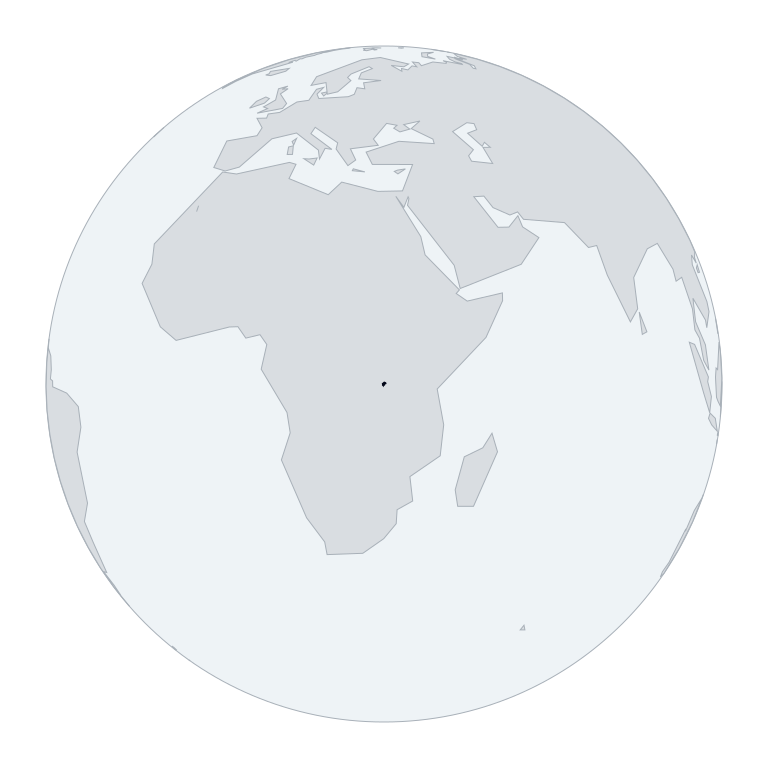 Rutana on an orthographic globe
{"feature_id": "BDI-2634", "entity_name": "Rutana", "entity_type": "Province", "adm_level": 1, "iso_a3": "BDI", "parent_name": "Burundi", "parent_adm1": "", "projection": "orthographic", "projection_center": [30.114, -3.886], "detail": "fine", "context": "on_globe", "style": "filled", "palette": "ink", "viewbox_px": 768, "rotation_deg": 0, "n_neighbors": 0, "source": "natural_earth", "source_scale": "10m", "svg_char_len": 6222}
<svg xmlns="http://www.w3.org/2000/svg" viewBox="0 0 768 768"><circle cx="384" cy="384" r="338" fill="#eef3f6" stroke="#a8b0b8"/><path d="M49.1,338.8L48.3,347.8L50.8,355.9L51.3,369.8L50.4,379.0L52.6,380.9L52.7,386.8L66.7,393.1L78.3,406.6L80.9,427.2L77.1,452.1L87.5,503.1L84.4,521.5L93.0,541.9L106.7,572.5L103.6,571.6L114.2,585.4L120.4,594.7L121.0,596.1L129.4,606.2L129.6,606.4L114.4,587.8L100.6,568.1L88.3,547.5L77.4,526.1L68.1,504.0L60.4,481.3L54.3,458.1L49.9,434.5L47.1,410.6L46.1,386.7L46.8,362.7L49.1,338.8ZM188.8,659.9L189.5,660.3L190.2,660.8L188.8,659.9ZM175.3,649.5L171.9,646.0L174.0,647.5L176.9,650.3L175.3,649.5ZM689.8,240.2L694.7,251.9L694.5,257.5L696.3,263.2L691.5,255.0L692.3,264.8L706.9,301.6L709.0,311.6L706.8,327.7L705.5,320.1L692.9,298.2L695.6,321.8L705.4,344.8L708.9,370.1L703.7,360.4L699.5,338.2L694.9,329.9L692.5,309.0L681.7,277.3L676.1,281.2L673.0,269.2L657.3,243.4L647.3,248.8L633.7,277.5L637.7,308.8L630.4,321.9L607.3,275.1L596.7,245.5L588.5,247.5L564.5,222.6L523.5,219.3L517.6,211.9L509.9,215.0L493.0,207.6L483.9,196.1L473.8,196.7L498.0,227.3L508.9,227.1L517.9,215.7L522.6,226.9L538.9,237.6L521.2,264.3L460.2,288.5L454.2,265.3L407.5,205.3L408.9,198.8L408.7,198.1L408.1,196.8L403.9,207.3L395.8,196.3L420.8,236.6L425.1,254.9L459.4,289.9L456.2,293.5L467.2,301.1L502.4,292.9L502.6,300.7L486.0,337.4L437.2,389.0L443.7,424.8L440.2,455.8L409.9,476.6L412.7,501.0L397.1,509.7L396.2,523.7L383.7,538.7L362.8,553.3L327.1,554.6L324.7,541.9L306.6,517.8L281.4,459.9L290.2,432.8L287.0,412.5L261.2,369.2L266.8,344.5L260.0,334.7L245.8,338.1L237.9,326.7L229.3,327.0L176.1,340.4L160.3,326.8L142.1,283.4L151.9,264.2L154.3,243.9L222.7,172.0L236.5,174.0L289.5,162.4L296.0,164.3L289.0,178.6L328.2,194.7L341.7,182.1L377.9,191.4L402.5,190.9L412.6,164.5L372.3,164.4L366.1,152.1L398.9,141.3L434.2,143.6L432.9,139.1L411.2,128.6L419.9,121.0L403.7,124.6L409.8,129.1L399.9,131.9L393.7,128.2L397.0,125.3L386.6,123.4L373.4,139.0L378.2,145.3L350.4,148.8L355.7,160.0L347.9,165.6L336.1,149.0L337.7,142.8L315.2,127.3L310.9,133.7L331.9,149.4L325.1,148.3L319.5,159.0L318.4,150.1L296.5,133.0L271.9,138.8L239.3,167.1L225.2,171.0L213.8,167.5L226.8,141.0L257.0,135.7L262.1,127.8L257.0,118.3L266.6,118.1L268.2,114.0L279.7,112.4L296.9,102.0L308.8,100.3L316.5,89.3L323.7,87.4L317.0,94.1L318.8,98.5L348.3,96.7L354.3,94.3L357.0,87.7L364.8,88.8L363.6,82.8L381.1,80.5L358.7,78.9L361.3,72.9L372.3,68.6L369.1,66.7L351.1,74.0L347.6,77.5L350.9,80.6L337.7,91.8L327.3,94.2L326.0,82.6L311.1,85.4L316.6,76.7L361.9,59.8L380.3,57.5L408.6,64.0L403.8,66.8L391.2,65.4L401.9,71.3L401.5,68.5L407.9,69.9L412.0,65.9L416.8,66.8L412.5,62.0L418.8,62.7L421.4,65.7L432.8,62.0L446.2,63.4L446.5,62.3L443.0,60.7L462.3,64.5L461.7,63.6L455.1,61.9L449.5,59.2L447.1,56.4L454.0,57.8L455.7,59.0L469.7,64.4L473.3,68.3L475.9,68.8L474.3,65.8L457.3,59.0L454.0,57.1L462.8,59.8L459.4,58.6L459.8,58.2L466.7,59.3L457.3,56.4L453.6,53.3L476.9,59.1L499.7,66.5L522.0,75.5L543.5,86.1L564.3,98.2L584.1,111.7L603.0,126.6L620.7,142.8L637.2,160.2L652.5,178.8L666.3,198.3L678.8,218.9L689.8,240.2ZM198.6,205.7L196.6,211.6L198.6,205.7ZM471.6,161.2L492.7,163.5L483.0,147.4L490.3,147.3L484.4,142.3L482.2,146.3L467.6,133.2L476.7,129.7L474.0,123.6L466.8,122.7L452.6,131.6L473.4,149.7L468.6,155.8L471.6,161.2ZM164.0,127.5L161.4,129.8L153.7,137.0L157.9,132.9L153.8,136.7L154.0,136.4L164.0,127.5ZM265.9,97.0L269.4,98.6L264.5,103.1L249.5,108.2L256.5,101.3L265.9,97.0ZM275.6,100.0L278.5,88.8L287.9,86.1L282.1,89.3L288.1,88.7L280.4,93.9L286.6,103.5L282.6,108.4L257.1,113.2L267.6,108.5L263.5,106.9L275.6,100.0ZM269.1,73.8L270.5,71.4L289.2,68.4L285.8,71.2L270.6,75.6L265.7,75.0L269.1,73.8ZM343.9,48.5L349.6,48.2L339.7,49.3L341.1,49.2L333.6,50.5L326.9,52.1L322.6,52.7L321.9,53.2L316.9,54.4L314.5,55.4L305.8,57.2L302.1,58.8L300.1,58.8L296.0,61.2L295.1,60.3L288.7,62.5L292.9,62.2L252.2,74.0L235.7,81.4L222.5,88.5L222.8,87.3L235.4,80.5L237.5,79.5L263.1,68.5L289.4,59.6L316.5,52.9L343.9,48.5ZM350.5,47.7L350.8,47.7L345.1,48.3L350.5,47.7ZM303.9,158.7L309.0,159.0L317.1,158.0L313.7,165.1L303.9,158.7ZM288.6,147.0L293.3,145.8L292.5,154.4L287.2,154.5L288.6,147.0ZM296.6,138.4L293.6,145.1L292.1,141.5L296.6,138.4ZM321.5,93.1L326.6,92.0L326.8,93.4L323.7,96.0L321.5,93.1ZM366.7,50.7L363.2,50.2L364.9,49.9L363.6,48.5L370.7,48.1L374.4,48.8L366.7,50.7ZM405.4,168.9L397.9,173.9L394.3,171.4L397.6,170.1L405.4,168.9ZM353.3,168.8L364.9,171.9L352.3,170.7L353.3,168.8ZM374.3,50.0L372.9,49.3L377.3,49.6L374.3,50.0ZM375.9,47.8L381.2,48.0L371.5,47.9L375.9,47.8ZM524.0,625.2L524.9,629.9L520.2,629.9L524.0,625.2ZM497.5,451.8L473.5,506.3L457.7,506.3L455.2,489.9L464.3,456.8L482.8,447.8L492.0,433.2L497.5,451.8ZM717.2,439.5L716.8,442.6L716.5,444.2L717.2,439.5ZM717.8,432.4L718.0,434.6L717.2,435.6L717.8,432.4ZM718.0,435.6L717.9,435.6L718.0,435.1L718.0,435.6ZM717.3,431.3L711.7,424.9L708.5,418.4L710.1,413.1L715.3,418.3L717.3,431.3ZM709.7,412.8L703.7,393.1L689.3,342.2L694.6,344.4L708.4,377.0L707.7,381.6L711.4,396.5L709.7,412.8ZM721.2,391.3L720.3,406.0L718.0,401.3L716.5,397.3L715.5,377.1L716.1,368.0L717.6,369.6L719.0,342.1L720.4,351.9L721.0,363.9L721.8,378.2L721.2,391.3ZM639.2,312.0L646.9,331.8L642.3,334.4L639.2,312.0ZM716.4,323.4L717.9,333.8L715.5,318.4L716.4,323.4ZM699.5,272.3L698.1,272.7L696.4,267.9L697.2,264.8L699.5,272.3ZM433.6,52.3L427.4,54.0L427.7,56.4L435.4,59.1L422.0,56.7L421.5,52.9L433.6,52.3ZM450.2,52.6L447.2,52.0L450.2,52.6ZM442.5,51.2L444.9,51.6L433.6,49.8L431.6,49.4L442.5,51.2ZM403.9,47.8L401.6,48.2L398.1,47.8L403.9,47.8ZM663.9,573.4L660.4,577.0L662.4,571.8L669.1,562.2L685.3,530.0L685.4,531.3L694.3,510.5L702.1,497.8L703.4,494.4L692.5,521.9L679.3,548.2L663.9,573.4ZM720.5,415.2L720.3,416.6L720.4,415.3L721.4,399.9L721.9,383.0L721.9,381.4L720.5,415.2Z" fill="#d9dde1" stroke="#a8b0b8" stroke-width="1"/><path d="M385.5,382.9L385.5,383.0L385.6,383.3L385.3,383.3L385.2,383.4L384.9,383.8L384.6,384.1L384.6,384.3L384.5,384.7L384.4,384.9L384.2,385.0L383.6,385.1L383.3,385.2L383.1,385.4L383.1,385.5L382.9,385.3L382.8,385.2L382.7,385.1L382.7,384.9L382.7,384.6L382.7,384.4L382.9,384.0L382.9,383.9L382.8,383.7L383.0,383.7L383.3,383.2L383.6,382.9L383.8,382.8L383.9,382.7L384.1,382.5L384.3,382.7L384.7,382.5L385.0,382.7L385.2,382.8L385.3,382.8L385.5,382.9L385.5,382.9Z" fill="#0f172a" stroke="#020617" stroke-width="1.5"/></svg>